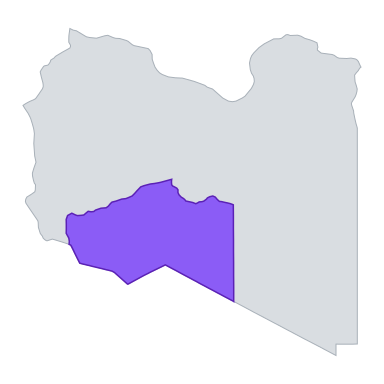 where Murzuq sits in Libya
{"feature_id": "LBY-2969", "entity_name": "Murzuq", "entity_type": "Municipality", "adm_level": 1, "iso_a3": "LBY", "parent_name": "Libya", "parent_adm1": "", "projection": "mercator", "projection_center": [15.489, 24.47], "detail": "fine", "context": "in_parent", "style": "filled", "palette": "violet", "viewbox_px": 384, "rotation_deg": 0, "n_neighbors": 0, "source": "natural_earth", "source_scale": "10m", "svg_char_len": 5085}
<svg xmlns="http://www.w3.org/2000/svg" viewBox="0 0 384 384"><path d="M27.5,102.6L30.0,101.3L33.6,99.8L35.5,98.7L36.3,97.7L39.0,93.9L40.4,91.8L42.4,88.9L43.2,86.8L43.2,85.0L42.9,82.7L41.4,77.2L40.2,71.9L41.2,69.9L41.9,68.9L43.6,66.4L44.3,65.9L47.9,65.1L49.4,63.4L50.5,61.3L50.7,60.2L52.3,59.1L54.2,57.9L55.4,56.4L59.2,54.1L62.7,52.0L66.7,49.8L69.9,48.0L70.5,46.5L70.5,45.2L68.8,42.2L68.8,38.7L68.9,35.8L69.1,34.0L69.8,29.2L69.9,28.5L73.1,30.1L76.4,30.8L86.4,36.8L89.5,37.5L96.5,38.2L104.7,35.8L107.8,35.3L113.2,37.6L115.6,38.3L119.6,38.5L126.4,40.5L128.1,41.3L132.1,44.6L134.0,45.6L148.2,48.6L150.1,50.6L152.1,54.4L152.2,59.2L153.3,62.6L155.0,67.1L157.1,70.2L159.5,72.8L162.2,74.5L168.4,76.9L175.4,77.8L182.4,78.1L194.5,81.5L204.8,85.3L207.3,87.2L212.5,89.0L222.7,98.0L228.4,101.1L232.4,101.7L236.0,101.1L242.3,98.0L245.0,96.2L251.4,88.4L253.5,84.4L254.3,81.5L254.1,78.6L253.3,76.0L251.5,73.2L250.3,69.6L249.5,63.0L250.5,58.5L251.7,55.7L253.7,53.0L259.0,47.6L264.3,43.8L273.7,38.9L279.2,38.8L281.5,38.3L286.0,34.8L287.8,34.6L290.3,35.5L297.7,35.2L301.0,36.2L304.9,38.4L309.8,39.8L313.3,41.1L317.0,42.8L317.9,47.2L317.4,48.4L317.4,50.1L321.2,53.1L332.1,54.5L334.2,55.3L337.2,57.5L339.2,58.2L346.7,58.5L351.0,58.1L355.2,58.9L356.7,59.6L358.3,61.4L360.2,65.7L361.0,67.1L360.1,67.8L359.0,69.3L358.2,70.7L356.3,72.8L354.6,75.1L354.8,78.5L355.1,82.0L356.2,85.3L357.2,89.0L356.9,91.5L356.1,94.5L355.1,96.9L351.9,102.1L351.4,103.3L351.6,105.0L353.6,111.0L353.7,112.9L354.9,118.8L356.0,123.6L357.1,127.3L357.3,128.3L357.3,133.8L357.3,139.3L357.3,144.7L357.3,150.2L357.3,155.6L357.3,161.0L357.3,166.4L357.3,171.8L357.3,177.2L357.3,182.6L357.3,188.0L357.3,193.3L357.3,198.7L357.3,204.0L357.3,209.3L357.3,214.7L357.3,220.0L357.3,225.3L357.3,230.5L357.3,235.8L357.3,241.1L357.3,246.4L357.3,251.6L357.3,256.8L357.3,262.1L357.3,267.3L357.3,272.5L357.3,277.7L357.3,282.9L357.3,288.1L357.3,293.3L357.3,298.4L357.3,309.9L357.3,321.3L357.3,332.7L357.3,344.0L357.2,344.0L351.8,344.2L346.5,344.2L341.3,344.2L336.0,344.1L336.0,347.0L336.0,349.8L336.0,352.6L336.0,355.5L325.8,350.1L315.6,344.7L305.3,339.4L295.1,334.0L284.9,328.6L274.7,323.2L264.5,317.8L254.2,312.4L244.0,306.9L233.8,301.5L223.6,296.1L213.4,290.6L203.1,285.2L192.9,279.7L182.7,274.2L172.5,268.7L165.4,264.9L157.8,268.6L151.8,271.5L144.0,275.3L134.9,280.3L128.0,284.1L127.7,284.1L127.4,284.0L120.2,277.5L114.5,272.5L112.0,271.1L101.4,268.5L90.8,265.9L79.7,263.2L77.7,259.1L75.4,254.5L72.4,248.7L70.5,245.2L69.9,244.6L61.4,241.8L52.4,239.1L47.1,240.8L46.2,240.6L44.7,239.6L43.2,238.2L42.4,236.2L40.3,233.5L38.4,227.4L38.2,222.5L37.8,220.7L33.1,213.8L28.8,207.5L26.0,203.3L25.4,201.4L25.8,199.1L26.9,197.0L31.0,194.5L34.8,191.8L35.3,189.9L35.5,184.7L34.3,183.1L33.4,180.0L32.5,175.8L32.4,173.1L34.0,167.8L36.0,162.2L34.7,156.0L33.8,143.5L34.4,133.6L33.9,130.0L33.6,128.4L32.3,123.7L30.8,118.9L30.1,117.2L28.1,113.3L24.8,108.4L23.0,105.4L25.4,103.8L27.5,102.6Z" fill="#d9dde1" stroke="#a8b0b8" stroke-width="1"/><path d="M233.7,301.5L233.3,301.2L230.6,299.8L228.0,298.4L225.3,297.0L222.7,295.6L220.1,294.2L217.4,292.8L214.8,291.4L212.2,290.0L209.5,288.6L206.9,287.2L204.3,285.8L201.6,284.4L199.0,283.0L196.4,281.5L193.7,280.1L191.1,278.7L188.5,277.3L185.8,275.9L183.2,274.5L180.6,273.1L177.9,271.6L175.3,270.2L172.6,268.8L170.0,267.4L167.4,266.0L165.4,264.9L165.0,265.0L164.1,265.5L162.8,266.1L161.6,266.7L160.4,267.3L159.1,267.9L157.9,268.5L156.7,269.1L155.4,269.7L154.2,270.3L153.0,270.9L151.7,271.5L150.5,272.1L149.3,272.7L148.1,273.4L146.8,274.0L145.6,274.6L144.4,275.2L144.0,275.4L140.3,277.4L136.7,279.4L133.0,281.4L129.4,283.4L128.0,284.1L127.7,284.1L127.4,284.0L126.4,283.1L123.7,280.7L121.1,278.4L118.4,276.0L115.7,273.6L114.5,272.5L112.0,271.1L109.9,270.6L108.0,270.1L106.1,269.7L104.2,269.2L102.3,268.7L100.5,268.3L98.6,267.8L96.7,267.4L94.8,266.9L92.9,266.5L91.1,266.0L89.2,265.5L87.3,265.1L85.4,264.6L83.5,264.2L81.6,263.7L79.8,263.2L78.1,259.9L76.6,256.9L74.2,252.0L74.2,251.9L72.7,248.8L71.2,245.8L70.6,245.0L69.9,244.7L69.1,244.4L69.3,241.2L68.8,238.1L66.2,233.3L66.3,228.9L66.3,224.0L66.2,219.4L67.6,215.5L71.8,213.2L75.6,215.0L77.4,215.6L81.4,215.3L83.8,215.0L86.0,213.1L88.2,211.3L91.1,211.8L93.8,211.5L95.5,210.1L97.5,209.4L101.0,208.2L106.1,207.8L108.3,206.2L110.5,203.5L112.0,202.1L116.0,201.1L121.7,199.1L125.9,198.6L128.4,197.6L132.1,196.0L134.6,193.5L136.8,191.0L139.0,188.7L140.7,186.9L143.9,185.7L146.5,185.0L150.3,184.0L154.4,183.5L158.4,182.8L160.7,182.3L171.7,179.3L171.5,181.0L171.5,182.8L171.7,184.8L172.6,186.0L173.7,186.5L175.6,187.5L176.8,188.2L178.0,189.9L177.9,192.4L179.0,194.8L181.3,197.2L182.9,198.1L184.6,199.4L185.8,201.0L189.1,201.7L192.7,202.5L195.8,203.7L197.6,202.9L199.2,201.9L201.9,201.7L203.7,201.2L206.5,199.1L207.4,197.9L209.8,196.7L212.8,196.0L215.3,197.1L217.2,199.4L219.4,201.4L221.5,201.6L224.0,202.2L227.3,202.9L230.2,203.6L232.4,204.4L233.3,204.8L233.4,216.6L233.4,228.3L233.5,240.0L233.5,251.6L233.6,263.2L233.6,274.8L233.7,286.3L233.7,297.7L233.7,298.0L233.7,298.5L233.7,298.9L233.7,299.2L233.7,299.4L233.7,299.7L233.7,301.5Z" fill="#8b5cf6" stroke="#5b21b6" stroke-width="1.5"/></svg>